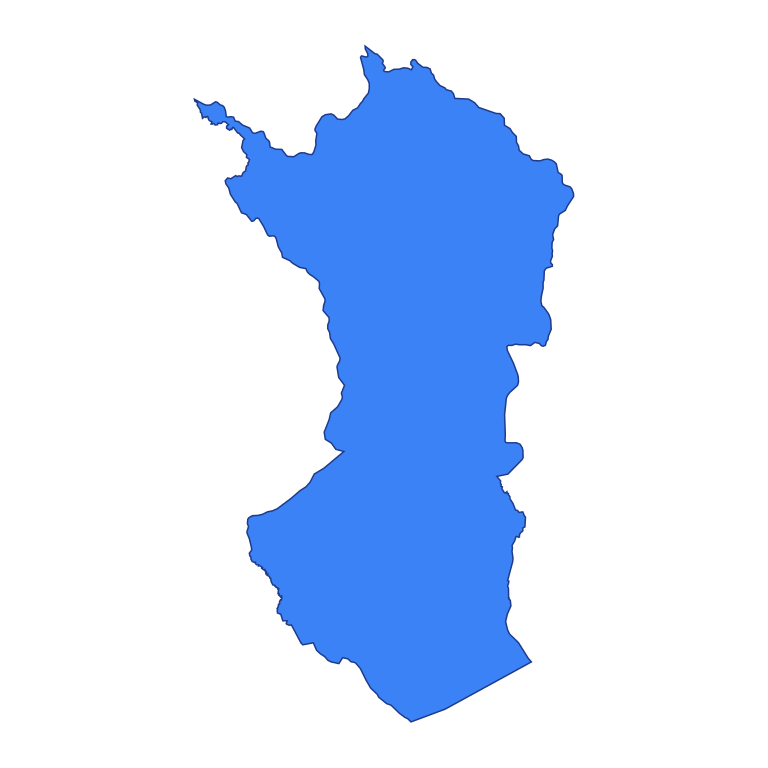 Laplae, Uttaradit, Thailand (Mercator projection)
{"feature_id": "78962969B92512161501034", "entity_name": "Laplae", "entity_type": "district", "adm_level": 2, "iso_a3": "THA", "parent_name": "Thailand", "parent_adm1": "Uttaradit", "projection": "mercator", "projection_center": [99.982, 17.658], "detail": "fine", "context": "isolated", "style": "filled", "palette": "blue", "viewbox_px": 768, "rotation_deg": 0, "n_neighbors": 0, "source": "geoboundaries", "source_scale": "gbopen_adm2", "svg_char_len": 6080}
<svg xmlns="http://www.w3.org/2000/svg" viewBox="0 0 768 768"><path d="M194.4,99.2L194.8,101.1L197.5,102.7L197.2,105.1L200.3,109.9L200.4,112.2L201.5,113.2L202.5,118.3L204.3,116.8L205.9,117.5L207.1,116.4L207.8,116.6L208.6,119.6L209.5,120.7L212.0,121.8L211.0,124.0L211.9,124.2L213.8,123.5L215.1,125.0L217.6,124.7L217.9,123.1L220.5,123.5L221.5,123.2L222.7,121.7L225.2,121.8L228.5,124.7L226.6,126.2L226.6,128.3L229.7,130.2L230.4,129.3L231.8,129.5L232.6,127.5L233.5,127.5L237.7,133.0L239.4,133.4L240.3,134.9L244.6,138.8L243.1,140.3L241.6,147.6L243.5,151.6L246.8,154.6L246.4,157.3L249.4,159.4L248.9,161.7L247.9,162.9L248.2,164.7L246.4,166.2L245.6,170.9L243.2,172.5L241.5,176.2L238.7,175.9L237.0,176.5L235.7,175.6L230.9,178.7L227.6,178.0L225.2,180.8L225.9,183.9L228.8,188.1L230.4,194.3L235.3,202.0L237.1,203.4L241.5,212.8L246.4,214.5L251.7,221.3L253.8,220.8L256.1,218.1L258.7,218.4L263.7,226.6L267.6,234.9L269.3,236.2L273.4,235.8L275.1,236.6L276.2,238.7L278.3,246.8L281.8,253.1L282.5,257.3L289.7,260.6L292.9,263.4L299.6,267.4L305.8,268.6L307.5,272.2L310.0,274.6L313.0,276.4L319.0,281.4L319.5,283.9L319.2,288.5L325.1,299.2L324.9,301.6L323.6,305.5L323.1,310.6L329.1,317.6L329.1,321.3L327.8,324.8L327.7,328.6L329.6,332.5L330.4,338.6L333.8,344.1L340.1,358.1L339.6,361.0L337.4,365.3L337.0,367.0L338.7,377.5L344.5,385.3L341.4,393.2L342.4,397.0L341.8,399.5L337.6,406.8L330.7,412.8L329.1,419.8L324.2,432.1L325.3,439.3L331.4,443.1L335.8,449.3L343.9,451.5L323.8,468.3L314.3,474.0L310.1,482.2L306.0,486.8L300.0,490.7L291.2,498.3L277.3,508.7L272.6,510.8L267.6,511.8L262.3,514.4L257.8,515.4L252.4,515.7L249.0,517.6L247.8,519.2L247.4,523.6L248.5,526.5L247.0,531.6L247.0,533.0L249.3,538.6L251.3,546.8L251.7,550.1L249.3,553.2L249.9,556.1L250.9,556.9L251.0,559.4L252.2,561.5L254.4,562.4L255.5,562.2L255.4,563.6L256.6,564.7L258.6,564.8L258.5,565.9L259.1,565.6L261.3,566.6L261.8,567.1L261.7,568.0L262.5,567.8L262.3,568.8L263.4,569.6L264.6,569.5L264.4,570.2L265.3,570.4L265.3,571.4L266.3,571.5L266.6,572.8L265.8,572.7L265.9,573.9L266.8,573.6L267.0,574.3L267.8,574.2L267.1,575.3L269.5,576.5L269.8,578.0L270.8,578.6L271.1,581.5L272.8,584.9L274.7,585.3L274.9,586.2L275.9,586.4L276.0,587.3L278.1,588.0L277.9,588.7L278.5,588.9L277.9,589.3L278.5,590.3L278.1,592.5L278.5,593.1L278.1,593.6L279.2,593.9L279.3,594.8L278.8,595.1L280.3,596.5L281.2,596.1L280.9,596.9L281.6,596.9L281.3,597.6L281.8,598.0L281.5,599.5L280.7,599.6L281.0,600.4L280.1,600.6L279.5,601.5L279.7,603.7L278.5,604.3L278.8,604.9L278.1,606.1L278.3,607.0L277.1,608.4L277.7,609.1L277.2,610.0L277.5,613.0L280.8,614.3L282.8,620.8L287.3,620.8L286.2,623.4L286.5,624.1L289.4,625.3L291.4,624.9L301.0,643.0L302.8,644.8L313.3,642.8L316.6,650.3L320.4,653.8L324.7,656.6L327.9,660.3L331.1,661.9L338.9,663.6L342.6,657.7L347.8,658.8L351.1,661.8L354.5,662.4L355.9,663.3L360.4,668.6L366.0,680.0L370.6,688.0L377.3,694.4L378.7,697.2L386.6,703.6L391.1,705.2L399.3,713.2L404.8,717.3L407.7,718.7L411.0,721.9L445.2,709.1L531.4,661.9L528.3,658.4L518.4,642.6L509.6,634.1L507.6,629.9L505.6,621.6L507.4,613.9L510.9,606.0L510.4,600.9L510.0,599.9L509.1,599.3L509.1,598.1L508.6,598.1L508.5,589.1L507.6,585.4L508.4,584.0L508.9,581.2L507.6,580.6L512.7,561.6L513.0,558.1L512.0,551.3L512.4,548.2L512.1,545.3L514.6,541.0L516.0,536.7L516.8,536.4L518.7,537.3L519.4,537.0L519.5,534.8L520.4,532.9L522.7,531.1L523.0,527.8L524.9,526.9L525.5,517.1L524.3,515.7L522.8,511.9L518.9,512.4L517.6,510.5L515.5,509.9L513.0,503.5L509.9,498.7L509.9,496.6L508.4,494.7L508.4,493.5L507.2,493.5L506.9,491.7L505.2,493.0L503.9,492.3L503.6,491.2L501.8,488.9L502.4,486.9L501.0,486.4L501.2,484.3L500.4,483.4L500.6,480.9L496.8,476.4L507.9,474.1L521.9,459.8L523.1,457.7L522.9,450.4L522.2,447.7L520.1,444.3L516.6,442.8L506.8,442.8L505.5,442.1L505.0,440.9L505.3,434.7L504.6,414.8L506.3,398.5L507.2,396.0L509.6,392.6L517.6,385.3L518.5,381.8L518.2,376.6L517.6,374.3L513.4,363.1L507.4,350.6L506.8,346.6L508.5,345.3L511.9,345.4L515.7,344.1L519.0,344.7L525.9,344.7L530.6,345.6L534.8,342.4L539.2,343.4L541.6,345.8L543.2,346.2L545.4,345.3L546.4,341.4L547.9,339.7L548.4,336.0L551.2,329.3L550.7,319.7L549.0,314.7L547.9,312.9L543.8,307.3L541.8,305.6L540.9,301.1L541.3,296.7L543.1,288.3L543.1,282.4L543.9,280.1L544.3,271.0L546.0,268.3L552.3,266.3L552.4,264.7L550.7,262.8L550.6,260.8L552.4,256.2L552.1,253.4L552.6,250.8L551.9,248.1L552.1,242.5L553.6,239.5L552.6,234.7L554.7,228.9L557.6,225.9L558.6,215.6L559.6,214.0L565.3,210.4L567.5,205.8L573.6,196.5L573.5,193.4L571.7,188.7L570.0,186.8L564.4,185.0L562.7,183.6L562.3,182.2L562.1,175.5L561.5,174.5L558.1,172.4L556.3,163.9L554.7,162.1L551.7,160.2L548.0,159.1L544.0,159.5L539.9,160.9L532.9,160.5L531.1,159.2L529.4,155.8L523.1,153.9L519.2,150.2L518.5,145.9L516.5,142.3L516.3,136.4L512.5,132.6L509.9,128.5L504.5,125.3L504.2,118.2L500.2,113.7L495.9,113.4L478.8,107.5L474.6,102.7L468.7,99.1L454.8,98.4L453.5,93.8L451.4,91.1L446.3,89.7L444.9,87.9L439.9,85.5L436.8,82.0L434.8,79.4L433.5,75.1L431.4,73.1L430.1,68.9L426.8,67.4L422.9,67.3L417.6,63.2L415.7,60.3L414.5,59.6L412.6,59.7L410.9,62.0L410.8,64.5L412.9,66.8L411.4,69.8L407.8,68.2L403.6,67.8L399.0,69.2L394.0,69.3L388.6,71.9L384.3,71.5L383.6,70.1L385.1,68.3L385.2,67.3L382.4,63.4L383.2,61.2L382.8,59.8L377.2,54.2L374.8,53.6L365.1,46.1L365.3,49.0L367.7,53.7L367.9,56.2L366.3,57.1L361.5,55.9L360.5,57.4L363.7,69.3L364.4,74.7L367.7,79.6L369.2,83.2L369.3,88.4L368.4,93.1L363.7,98.9L362.6,101.3L360.5,103.4L357.6,107.9L352.8,110.3L348.7,115.7L344.8,119.0L342.1,119.5L337.6,119.1L333.8,115.1L331.2,113.9L325.3,114.7L321.9,116.8L316.1,126.2L315.0,129.0L315.0,130.4L316.9,133.5L315.7,141.1L316.0,144.9L313.9,151.7L312.5,154.1L311.7,154.5L309.0,154.4L304.6,152.9L300.8,152.8L298.8,153.5L293.9,156.7L287.6,156.4L286.1,155.1L281.8,149.4L275.6,149.2L270.1,146.9L269.5,142.0L268.4,140.4L265.9,138.3L263.9,132.7L263.1,131.6L260.8,131.2L255.5,133.2L253.5,133.2L252.3,132.4L249.6,128.0L242.6,125.1L238.6,121.6L235.2,121.1L233.6,117.2L231.2,116.7L227.6,117.1L226.3,116.6L225.5,110.8L224.2,107.2L222.6,105.6L220.2,104.9L217.3,102.3L215.5,101.8L210.5,105.0L206.6,105.2L203.6,104.2L194.4,99.2Z" fill="#3b82f6" stroke="#1e3a8a" stroke-width="1.5"/></svg>